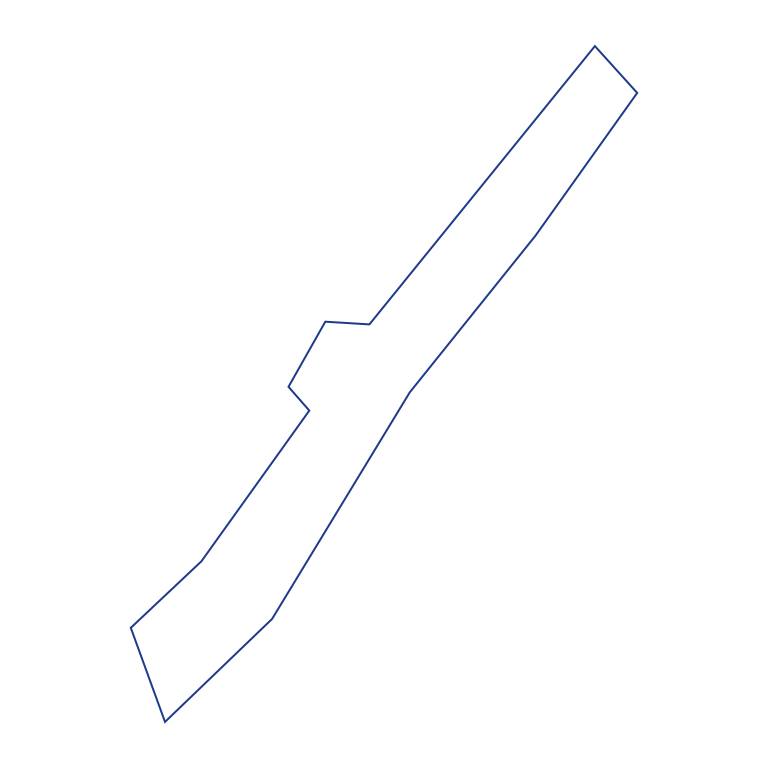 outline of Chirchik city, Tashkent, Uzbekistan
{"feature_id": "79887680B87118778033148", "entity_name": "Chirchik city", "entity_type": "district", "adm_level": 2, "iso_a3": "UZB", "parent_name": "Uzbekistan", "parent_adm1": "Tashkent", "projection": "albers", "projection_center": [69.529, 41.444], "detail": "fine", "context": "isolated", "style": "outline", "palette": "blue", "viewbox_px": 768, "rotation_deg": 0, "n_neighbors": 0, "source": "geoboundaries", "source_scale": "gbopen_adm2", "svg_char_len": 281}
<svg xmlns="http://www.w3.org/2000/svg" viewBox="0 0 768 768"><path d="M535.6,235.5L637.2,92.9L594.9,46.1L369.4,324.4L325.3,321.7L288.5,386.8L309.3,410.6L201.4,561.3L130.8,627.8L165.0,721.9L272.1,618.9L409.8,392.3L535.6,235.5Z" fill="none" stroke="#1e3a8a" stroke-width="2"/></svg>